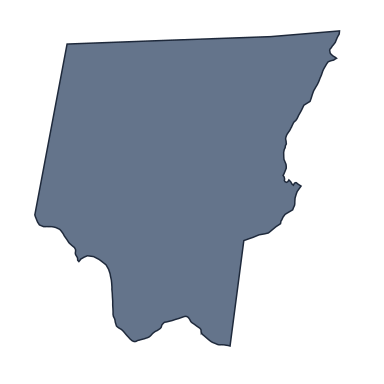 the district of Morne Paul, Laborie, Saint Lucia, rotated 266°
{"feature_id": "8701671B65386836314559", "entity_name": "Morne Paul", "entity_type": "district", "adm_level": 2, "iso_a3": "LCA", "parent_name": "Saint Lucia", "parent_adm1": "Laborie", "projection": "albers", "projection_center": [-61.012, 13.766], "detail": "fine", "context": "isolated", "style": "filled", "palette": "slate", "viewbox_px": 384, "rotation_deg": 266, "n_neighbors": 0, "source": "geoboundaries", "source_scale": "gbopen_adm2", "svg_char_len": 3644}
<svg xmlns="http://www.w3.org/2000/svg" viewBox="0 0 384 384"><g transform="rotate(266 192 192)"><path d="M341.5,281.2L345.0,179.0L348.3,77.7L180.1,33.6L179.9,33.7L178.4,34.0L176.9,34.5L172.9,35.8L171.4,36.6L169.8,37.5L167.8,41.5L167.6,44.8L167.2,49.8L166.6,52.1L166.0,53.8L164.0,57.4L162.8,58.4L159.5,60.5L157.0,61.6L153.1,64.0L150.3,65.5L149.7,65.9L147.0,68.5L145.1,70.5L144.9,70.8L142.7,71.8L141.7,71.8L140.4,71.6L139.2,71.3L137.7,71.5L134.3,73.2L133.6,73.2L131.9,73.2L130.5,74.3L132.5,76.2L132.9,76.4L133.9,78.6L134.4,79.5L135.7,83.2L134.9,87.1L134.4,89.4L131.2,94.6L129.5,96.6L125.3,101.2L120.7,103.4L116.1,104.6L113.8,104.8L109.8,105.4L107.1,105.5L102.6,105.5L100.5,105.3L96.5,105.4L92.9,105.3L88.5,105.3L84.7,105.0L81.1,105.0L77.8,104.9L75.5,104.7L73.5,104.9L71.1,105.9L69.8,106.2L67.4,106.4L63.6,107.3L62.7,108.1L61.4,109.6L61.0,110.2L60.1,111.6L58.8,113.0L57.3,114.2L55.8,115.3L54.8,116.0L53.2,117.2L52.0,118.2L50.6,119.3L50.0,119.7L47.8,121.9L47.1,123.2L46.8,124.1L46.8,124.8L46.8,125.5L47.2,126.4L47.6,127.3L47.8,128.1L47.9,129.0L48.2,130.2L48.4,131.3L48.6,132.4L48.8,133.4L48.9,134.1L49.1,134.8L49.2,135.2L49.6,136.6L49.7,137.2L50.0,138.1L50.5,139.3L50.9,139.8L51.3,140.4L52.0,141.2L52.8,142.0L53.2,142.4L53.8,143.1L54.5,144.1L54.9,144.7L55.4,145.5L55.6,146.0L55.9,146.7L56.2,147.6L56.6,148.3L57.0,149.0L57.3,149.5L57.7,150.2L58.1,150.8L58.7,151.4L59.0,151.7L59.9,152.1L61.0,152.5L61.6,152.8L62.0,153.1L62.6,153.8L63.1,154.3L63.4,154.7L63.8,155.2L64.0,155.7L64.1,157.2L64.5,159.6L64.9,161.8L65.1,163.1L66.1,166.8L66.7,169.8L67.3,171.9L67.8,173.7L68.1,174.8L68.3,175.6L68.4,176.3L68.4,176.7L68.4,177.3L68.2,177.8L68.1,178.2L67.7,178.9L67.2,179.4L66.3,180.1L65.1,180.8L63.7,181.4L62.8,181.8L62.2,182.3L61.5,183.0L60.9,183.8L59.9,185.1L57.8,187.5L56.4,189.3L55.5,190.4L54.5,191.1L54.0,191.3L53.5,191.4L52.9,191.4L53.2,191.3L51.3,191.4L51.5,191.5L50.8,191.7L50.2,191.8L49.5,192.3L49.0,192.7L48.1,193.7L44.0,197.8L42.6,199.3L41.8,200.2L41.1,201.1L40.5,202.1L40.1,202.9L39.6,204.0L39.4,204.4L38.9,205.4L38.4,206.3L37.9,207.4L37.7,208.4L37.6,209.3L37.6,210.5L37.4,212.5L37.3,213.3L37.0,214.5L36.7,215.7L36.5,216.8L36.2,217.8L36.0,218.4L35.7,219.2L139.9,240.3L141.6,246.3L142.5,249.7L144.6,255.9L145.2,261.6L145.8,265.3L147.3,267.5L151.5,273.3L154.2,278.1L156.8,278.7L157.9,279.6L160.5,281.0L163.2,283.3L164.4,285.6L166.2,289.2L167.2,291.2L169.0,292.0L171.6,293.4L173.0,293.7L175.2,293.9L178.8,294.4L182.8,295.9L185.2,297.0L188.0,299.3L190.3,301.2L192.3,298.5L194.0,296.7L194.1,295.7L193.5,294.7L191.7,293.6L193.1,292.2L195.3,291.2L197.3,289.5L195.7,288.4L195.0,286.9L195.9,285.4L197.1,284.9L198.4,285.3L200.5,285.0L202.2,284.0L203.5,284.9L206.1,286.2L209.2,287.7L211.3,287.8L213.1,287.7L214.6,287.2L218.1,286.0L220.8,286.0L225.1,286.2L228.0,287.0L229.6,288.0L231.7,288.4L233.4,289.5L234.2,289.4L236.2,289.4L238.2,289.1L239.2,289.2L240.4,289.6L241.8,290.2L243.0,290.9L244.8,292.3L246.5,293.7L248.1,294.7L249.2,295.3L249.8,295.8L250.9,296.3L252.1,297.0L253.7,297.9L254.4,298.4L255.0,299.0L255.9,300.3L257.0,301.3L258.3,302.2L261.2,303.8L263.1,305.1L265.4,306.6L267.1,307.6L269.6,309.0L270.8,309.7L274.2,316.1L277.4,317.5L280.8,318.8L283.1,319.8L284.6,320.5L288.6,323.2L290.4,324.5L293.4,326.2L296.7,327.7L299.5,329.2L303.6,330.9L305.6,332.0L310.6,335.4L311.5,336.2L312.0,336.5L312.5,337.3L313.1,339.2L313.4,340.5L313.7,342.5L314.6,344.0L315.3,345.5L316.4,344.3L317.6,342.5L318.5,341.5L320.4,339.8L321.1,339.5L323.9,339.2L325.0,339.7L326.0,340.8L326.9,341.5L327.9,342.2L328.7,343.1L331.3,345.4L332.8,346.1L335.8,347.6L337.0,348.3L339.2,349.8L340.6,350.1L342.4,350.4L341.5,281.2Z" fill="#64748b" stroke="#1e293b" stroke-width="1.5"/></g></svg>